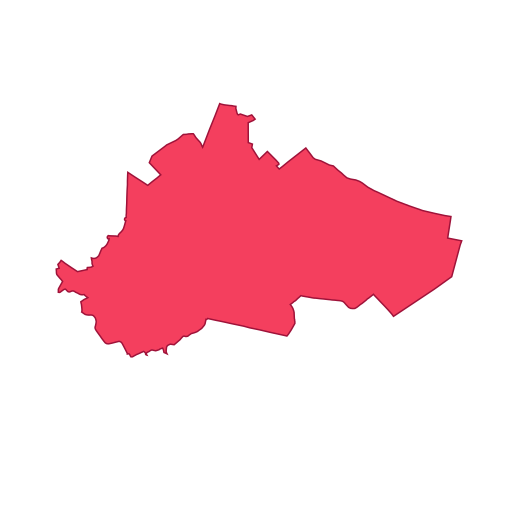 1er Arrondissement, Analamanga, Madagascar (orthographic projection), rotated 137°
{"feature_id": "10022922B83786714905046", "entity_name": "1er Arrondissement", "entity_type": "district", "adm_level": 2, "iso_a3": "MDG", "parent_name": "Madagascar", "parent_adm1": "Analamanga", "projection": "orthographic", "projection_center": [47.52, -18.904], "detail": "fine", "context": "isolated", "style": "filled", "palette": "rose", "viewbox_px": 512, "rotation_deg": 137, "n_neighbors": 0, "source": "geoboundaries", "source_scale": "gbopen_adm2", "svg_char_len": 6165}
<svg xmlns="http://www.w3.org/2000/svg" viewBox="0 0 512 512"><g transform="rotate(137 256 256)"><path d="M288.0,176.4L287.7,176.4L285.2,176.8L280.7,177.9L277.2,179.0L273.5,180.2L273.2,180.6L272.8,181.0L272.4,181.4L272.0,182.0L271.6,182.7L271.3,182.9L271.1,183.2L270.6,184.1L266.6,188.8L265.8,190.2L264.9,192.2L264.4,193.9L264.2,195.3L264.1,196.1L264.0,197.2L263.2,197.1L261.9,196.9L260.4,196.8L260.2,196.8L259.2,196.8L258.2,196.5L256.7,196.4L254.7,196.5L252.7,196.4L251.0,196.4L250.5,196.4L250.2,196.4L249.4,195.1L248.4,193.8L247.3,192.3L246.2,190.9L245.0,189.3L243.4,187.1L242.3,185.7L241.1,184.5L237.9,180.7L236.0,178.6L234.2,176.5L233.0,175.1L231.5,173.4L230.3,171.9L228.4,169.9L226.8,168.0L225.7,166.8L224.7,165.6L223.9,164.4L223.3,163.0L223.2,161.6L223.3,158.9L223.3,157.0L223.3,155.3L222.9,154.2L222.5,153.2L221.9,152.5L221.1,151.6L220.1,150.7L219.4,150.2L217.3,149.7L215.1,149.5L213.2,149.4L211.9,149.2L210.9,149.0L208.4,148.8L205.4,148.6L203.4,148.7L202.8,148.4L201.3,148.3L199.3,148.1L196.2,147.9L196.3,146.4L196.2,141.9L196.2,137.8L196.1,132.0L196.1,127.2L196.2,123.4L196.3,120.7L196.6,118.1L148.5,110.2L127.0,107.4L99.0,124.9L95.2,126.8L103.6,138.4L89.2,149.7L86.5,151.9L90.2,156.6L96.2,165.2L103.1,175.5L109.8,188.2L115.6,199.9L120.0,210.9L123.6,219.9L125.1,223.3L127.3,230.1L128.5,237.0L129.4,240.0L131.2,243.6L134.4,247.8L136.2,251.1L136.7,255.1L136.9,258.5L137.6,263.0L138.0,269.1L140.3,272.5L142.3,277.8L143.6,281.2L146.7,286.3L147.2,288.9L146.6,294.2L146.0,300.4L145.9,301.0L168.5,303.0L170.4,303.1L175.1,303.4L179.7,303.8L179.7,305.0L179.7,305.9L179.6,308.0L176.8,307.4L176.1,308.3L176.0,312.2L176.4,324.7L187.8,324.5L185.2,338.1L182.3,340.3L184.3,344.2L170.8,358.8L167.9,357.8L165.6,357.0L163.3,356.7L163.0,360.5L162.9,362.1L167.1,363.9L170.6,370.5L172.7,371.3L172.9,372.2L172.4,373.5L170.1,377.7L168.6,379.1L170.1,380.9L171.2,382.5L172.7,384.1L174.1,385.8L175.3,387.2L176.2,388.3L177.0,389.5L177.7,390.5L178.3,391.5L178.6,392.2L190.1,386.6L203.8,380.2L220.0,372.3L220.9,371.9L220.7,372.7L219.6,375.8L219.3,377.5L219.3,380.3L219.2,383.7L218.6,386.9L218.5,387.8L218.5,388.2L219.6,389.2L222.1,391.3L224.0,392.5L226.2,394.4L227.1,394.5L230.0,394.6L233.0,394.7L235.7,395.1L245.7,398.2L246.7,398.2L263.9,400.0L270.4,397.0L270.3,380.3L271.5,380.4L275.4,380.6L278.6,380.9L281.9,381.2L287.0,381.5L288.4,387.3L290.6,395.9L292.7,404.6L294.7,402.7L295.7,401.7L298.8,398.6L301.5,395.7L305.6,391.8L310.2,387.2L314.7,382.6L317.9,379.5L319.7,377.7L321.6,375.7L323.0,374.5L324.7,372.7L324.9,372.8L325.3,373.0L325.7,373.1L326.2,373.1L326.6,372.9L326.9,372.7L327.2,372.4L327.4,372.1L327.5,371.6L327.5,371.0L327.2,370.6L331.6,367.9L332.5,367.4L333.9,366.6L334.9,366.2L335.9,365.9L337.4,365.7L338.7,365.6L340.2,365.6L341.6,365.4L342.8,365.0L343.2,364.6L343.5,364.3L343.8,364.6L344.7,366.0L348.7,370.0L349.4,370.7L349.7,371.2L350.2,371.7L350.7,371.6L351.1,371.6L351.5,371.5L352.0,371.2L352.4,370.6L352.6,369.9L352.4,369.2L351.7,368.8L352.9,367.8L356.7,366.3L358.6,365.9L359.6,365.9L360.7,365.9L361.8,366.1L363.4,366.7L364.3,366.3L364.8,366.1L366.5,365.4L368.4,364.5L370.9,363.4L371.9,363.4L373.0,363.4L373.8,363.5L374.7,363.8L375.2,364.0L376.2,364.8L377.0,365.6L377.7,366.9L378.3,366.1L379.0,364.9L379.6,363.9L380.5,362.9L381.0,362.4L381.5,361.4L381.8,360.8L381.9,360.3L382.2,359.7L384.1,360.2L385.6,361.3L387.2,362.6L387.8,362.3L388.7,361.2L397.2,366.3L398.9,373.3L400.7,381.2L400.9,382.7L401.3,384.9L401.5,385.7L404.2,385.1L405.4,385.1L406.0,385.0L406.5,385.0L406.7,384.9L407.3,383.5L407.9,382.2L408.3,381.3L408.5,381.4L411.0,382.7L412.3,381.1L413.5,379.7L413.9,379.1L414.3,378.3L414.4,377.4L414.6,373.3L414.6,371.5L414.8,369.3L422.3,366.9L423.2,366.5L423.6,366.1L425.3,364.3L424.6,363.4L424.1,363.2L423.6,363.0L423.2,363.0L422.0,362.9L420.9,362.7L419.6,362.6L418.6,362.2L418.0,361.8L417.9,361.2L417.9,359.3L417.8,358.1L417.3,357.3L416.9,356.9L416.1,356.5L415.4,356.3L414.7,356.0L414.2,355.7L413.4,355.0L413.0,354.0L412.8,353.6L412.7,352.7L411.6,350.1L411.5,349.7L411.2,348.7L410.9,348.0L410.8,347.7L409.8,346.4L409.1,345.8L408.0,345.0L408.0,343.8L407.8,342.2L407.4,340.2L409.2,340.7L411.2,341.4L413.5,341.7L415.3,342.0L415.7,341.4L416.8,339.5L417.9,338.0L418.8,336.8L420.0,335.3L421.4,334.0L421.7,333.9L421.4,332.5L421.1,331.0L420.8,329.8L420.2,328.8L419.2,327.5L418.0,326.3L416.9,325.4L416.4,324.8L416.0,324.2L415.7,323.5L415.6,322.7L415.7,320.9L415.7,320.6L416.4,318.9L417.2,317.6L417.6,317.0L418.9,315.9L421.5,314.1L422.2,313.8L423.1,312.6L423.3,312.1L423.7,310.5L424.1,307.6L424.6,303.5L425.0,300.9L425.2,299.0L425.4,297.1L425.4,296.5L425.5,295.5L425.3,294.6L424.9,293.6L424.3,292.9L423.6,292.2L422.1,291.3L420.4,290.3L417.6,288.8L414.4,287.0L413.8,286.1L413.4,284.9L413.4,284.2L413.5,283.4L414.4,280.0L415.3,276.8L416.5,272.7L417.0,272.1L415.6,271.2L415.6,270.1L415.9,269.1L416.3,267.7L416.0,267.3L415.4,266.7L414.7,266.4L413.9,266.2L412.8,266.0L411.5,265.6L410.4,265.4L409.6,265.0L408.4,264.6L407.0,264.1L405.6,263.7L404.6,263.3L403.8,263.1L403.3,262.9L403.1,262.3L403.0,261.9L403.0,261.4L403.0,260.4L403.1,260.0L403.6,259.7L403.8,259.1L403.7,258.5L403.4,258.0L403.3,258.5L403.0,259.0L402.7,259.6L402.4,259.9L400.3,259.4L399.4,259.1L398.4,259.0L397.4,258.8L396.2,258.3L395.2,256.8L394.0,255.1L392.6,254.4L390.9,253.6L389.5,253.4L388.3,252.9L387.1,252.3L387.7,250.6L389.1,248.2L388.2,246.2L387.8,245.2L387.5,246.2L387.2,246.8L386.6,247.7L384.8,249.3L383.5,250.4L382.3,250.8L380.8,250.7L380.0,250.4L379.2,250.1L378.7,249.9L378.4,249.5L376.6,247.2L376.3,246.9L375.7,246.9L373.9,246.8L371.0,246.7L368.6,246.6L367.3,246.8L364.8,247.0L363.9,246.9L363.3,246.5L362.9,246.0L362.2,244.9L361.3,244.3L360.7,243.9L360.0,243.8L358.3,243.7L357.2,243.5L356.2,243.4L355.5,243.0L353.8,242.1L352.0,241.3L351.1,241.0L350.2,240.7L349.0,240.6L347.9,240.5L346.1,240.2L344.8,240.1L343.3,240.3L341.8,240.5L340.7,240.7L339.9,241.0L339.3,241.3L336.5,243.3L335.8,243.8L335.7,243.6L335.4,243.3L335.1,243.2L334.6,243.2L334.0,243.3L328.9,235.9L327.2,233.6L324.2,229.3L320.5,223.9L319.8,222.9L316.9,218.8L312.8,213.0L309.6,207.8L305.4,201.9L303.5,199.2L300.5,194.7L298.5,191.7L295.7,187.6L294.5,185.9L289.3,178.4L288.0,176.4Z" fill="#f43f5e" stroke="#9f1239" stroke-width="1.5"/></g></svg>